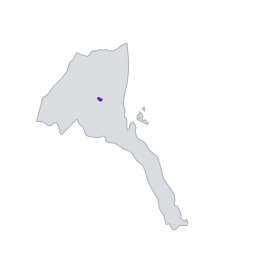 Keren, Anseba, Eritrea shown in context, rotated 21°
{"feature_id": "51966322B84678224414542", "entity_name": "Keren", "entity_type": "district", "adm_level": 2, "iso_a3": "ERI", "parent_name": "Eritrea", "parent_adm1": "Anseba", "projection": "mercator", "projection_center": [38.411, 15.802], "detail": "fine", "context": "in_parent", "style": "filled", "palette": "violet", "viewbox_px": 256, "rotation_deg": 21, "n_neighbors": 0, "source": "geoboundaries", "source_scale": "gbopen_adm2", "svg_char_len": 3012}
<svg xmlns="http://www.w3.org/2000/svg" viewBox="0 0 256 256"><g transform="rotate(21 128 128)"><path d="M40.2,154.6L39.4,146.6L38.8,141.2L38.2,135.5L37.6,130.2L40.2,126.9L41.4,123.7L44.4,113.5L45.7,111.5L48.1,106.0L48.4,104.4L50.8,97.5L50.5,92.9L50.1,88.2L51.4,85.5L52.5,83.3L52.4,81.4L53.0,77.1L53.3,76.0L54.8,75.9L57.7,76.5L59.8,76.0L62.3,76.0L64.2,75.9L65.3,74.6L66.9,69.5L67.9,68.5L68.7,68.2L70.8,67.2L72.7,65.7L74.2,64.7L74.8,64.5L76.4,64.3L78.0,63.7L78.8,63.0L80.8,62.4L82.8,62.7L84.1,62.1L85.0,61.7L86.0,61.7L87.0,61.1L87.3,60.2L88.0,59.6L89.5,58.3L90.2,57.3L90.5,56.4L90.9,55.6L91.5,54.3L94.3,51.1L96.6,49.2L104.8,65.6L108.1,75.2L111.0,85.3L113.2,100.4L115.2,108.0L118.6,111.8L120.8,119.0L122.8,119.2L124.2,121.2L126.6,127.9L128.4,130.4L129.3,128.2L129.2,127.0L128.5,124.9L129.1,122.3L130.5,120.7L133.6,122.9L135.3,124.5L135.7,127.8L136.4,129.6L139.7,133.5L142.4,134.6L146.0,134.9L148.9,135.7L151.3,137.1L155.8,141.1L166.0,144.5L174.2,155.0L179.0,162.3L194.8,173.3L197.6,178.5L199.0,183.7L202.3,183.4L208.1,189.1L209.7,193.3L214.4,194.9L215.2,192.4L217.5,194.4L218.4,197.6L215.4,198.9L212.1,200.1L211.6,200.0L210.5,201.5L209.0,205.6L207.2,206.7L206.3,206.8L201.2,203.0L200.4,202.8L199.3,203.6L198.4,204.4L196.0,201.5L194.3,198.9L191.8,195.9L189.5,194.5L186.9,192.8L184.4,188.9L181.9,184.5L178.1,180.9L171.0,175.7L164.5,169.1L159.5,162.2L156.3,158.7L155.0,157.8L148.3,155.5L143.7,152.4L140.2,149.8L138.0,149.1L135.8,149.0L131.3,149.5L127.6,147.9L126.0,147.9L123.5,147.4L121.5,146.8L119.2,147.5L114.4,148.7L112.5,148.4L111.4,146.8L110.8,145.6L109.2,144.3L107.8,144.3L107.0,145.4L102.1,148.3L93.8,149.9L91.8,149.8L90.3,148.7L86.1,143.7L84.9,142.8L84.0,142.8L82.0,142.2L80.2,141.2L78.6,139.2L77.0,138.0L75.3,142.0L72.2,149.0L70.6,152.8L68.5,157.6L67.9,157.8L66.8,157.4L62.7,151.4L60.1,149.1L58.1,149.3L56.7,150.5L55.8,152.5L54.8,153.7L53.8,154.2L51.5,154.0L48.0,153.0L44.4,153.2L40.7,154.6L40.2,154.6ZM138.0,114.4L139.1,115.9L139.9,115.7L140.5,115.2L140.9,114.2L145.2,116.2L145.0,117.6L142.4,117.7L139.5,117.1L136.7,117.3L133.5,116.7L132.7,114.4L134.8,115.5L135.9,115.2L136.1,114.9L134.6,113.3L132.5,113.0L132.7,111.8L133.6,111.3L134.2,110.6L133.0,108.9L135.3,109.3L136.8,110.4L137.7,111.6L138.0,114.4ZM136.2,103.5L137.1,106.2L134.5,105.2L134.1,104.6L135.2,103.5L135.5,102.9L136.2,103.5Z" fill="#d9dde1" stroke="#a8b0b8" stroke-width="1"/><path d="M93.3,111.1L93.3,110.9L93.2,110.9L93.2,110.7L92.9,110.5L92.7,110.6L92.4,110.7L92.3,110.8L92.2,110.8L91.9,110.9L91.7,110.9L91.4,110.8L91.2,110.7L90.9,110.5L90.8,110.4L90.7,110.4L90.4,110.4L90.2,110.4L90.0,110.2L89.9,110.2L89.7,110.2L89.6,110.3L89.4,110.4L89.3,110.5L89.3,110.8L89.3,111.0L89.4,111.3L89.4,111.5L89.5,111.5L89.8,111.6L90.0,111.6L90.3,111.7L90.5,111.7L90.8,111.8L91.0,111.9L91.0,112.0L91.2,112.3L91.3,112.4L91.5,112.4L91.7,112.5L91.8,112.5L92.0,112.6L92.3,112.6L92.5,112.5L92.5,112.4L92.7,112.2L92.8,112.2L93.0,112.1L93.3,112.0L93.3,111.9L93.3,111.7L93.4,111.4L93.3,111.2L93.3,111.1Z" fill="#8b5cf6" stroke="#5b21b6" stroke-width="1.5"/></g></svg>